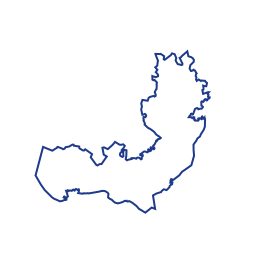 outline of Zaki, Bauchi, Nigeria, rotated 201°
{"feature_id": "59680162B26282391091652", "entity_name": "Zaki", "entity_type": "district", "adm_level": 2, "iso_a3": "NGA", "parent_name": "Nigeria", "parent_adm1": "Bauchi", "projection": "natural_earth1", "projection_center": [10.356, 12.194], "detail": "fine", "context": "isolated", "style": "outline", "palette": "blue", "viewbox_px": 256, "rotation_deg": 201, "n_neighbors": 0, "source": "geoboundaries", "source_scale": "gbopen_adm2", "svg_char_len": 5719}
<svg xmlns="http://www.w3.org/2000/svg" viewBox="0 0 256 256"><g transform="rotate(201 128 128)"><path d="M60.2,165.1L60.3,164.6L60.8,164.3L60.7,163.8L61.0,163.6L61.3,163.6L61.4,163.9L61.3,164.5L62.9,165.4L63.1,165.1L63.0,163.5L62.3,163.0L62.4,162.6L62.7,162.6L63.8,163.0L64.4,162.9L64.6,162.3L64.9,162.5L65.8,162.1L65.9,161.9L65.7,161.6L65.1,161.9L64.9,161.5L64.9,160.4L65.2,159.9L66.5,159.5L68.3,159.5L68.3,159.0L68.7,159.1L68.8,159.8L69.1,160.2L69.8,160.1L70.0,160.2L70.1,160.8L69.8,161.3L69.9,161.7L70.6,161.7L71.3,161.1L71.4,160.7L71.7,160.3L72.7,160.7L75.1,159.9L74.7,161.7L74.2,162.7L74.3,163.7L74.0,164.1L73.3,164.0L72.6,163.7L72.2,164.0L72.2,168.1L72.3,169.1L72.2,169.9L70.7,171.4L70.0,171.4L69.3,170.8L68.8,170.7L67.6,171.9L66.2,172.4L65.9,173.0L65.6,174.2L65.7,174.7L67.5,175.2L68.8,178.3L68.9,178.7L68.7,179.3L68.3,179.4L67.2,179.3L67.0,179.6L66.8,180.3L66.9,181.3L66.5,182.3L65.8,182.8L65.4,182.8L65.1,182.4L64.9,181.9L64.4,181.9L64.0,182.3L64.0,182.8L63.5,184.4L62.8,184.7L62.6,185.5L62.7,185.9L64.0,185.6L64.4,185.8L64.7,186.2L64.7,187.4L64.8,187.8L65.8,188.3L65.9,189.0L65.3,190.4L66.0,190.2L70.1,186.8L72.2,190.1L71.4,190.9L71.8,192.3L73.0,194.5L71.4,194.6L69.9,195.1L70.4,198.4L72.3,199.0L72.7,199.5L73.2,199.7L74.6,199.1L76.5,198.7L76.8,198.0L79.4,198.6L80.7,196.6L81.9,197.7L82.2,199.7L83.5,200.9L83.8,203.0L83.5,203.6L84.7,204.4L85.6,205.3L86.3,205.7L87.4,205.4L87.7,205.8L88.9,204.2L89.7,203.8L91.8,205.6L92.3,209.1L90.4,213.2L90.8,215.1L91.6,215.6L92.0,216.1L94.2,216.8L97.3,216.6L100.1,220.8L103.6,214.3L103.8,213.3L104.9,211.9L100.2,207.6L100.0,206.5L100.6,206.0L104.5,205.5L107.0,207.4L107.8,208.3L108.0,210.6L110.9,213.6L113.7,213.4L114.1,211.4L118.2,204.8L119.3,205.0L120.0,208.0L124.1,208.9L124.6,208.5L128.9,207.0L128.2,206.0L124.0,201.4L124.1,201.0L123.1,196.9L123.2,196.3L124.3,194.5L121.4,192.8L122.1,190.1L119.6,188.9L118.8,188.1L118.5,187.1L120.4,185.3L121.1,185.4L123.9,185.2L122.5,181.9L121.4,181.7L120.6,182.4L117.3,180.9L116.9,178.7L116.5,178.4L115.3,174.6L115.6,174.2L115.9,171.0L114.0,168.9L113.7,167.9L114.4,166.9L115.4,167.2L117.8,165.5L119.0,164.4L119.5,163.7L119.4,160.5L124.6,159.4L124.4,155.5L122.8,153.4L122.4,150.6L122.2,149.8L119.3,145.5L118.1,146.3L117.3,147.2L116.6,147.1L115.4,146.0L115.6,144.3L117.4,143.8L116.9,142.1L116.3,141.5L116.1,141.0L116.2,140.6L113.7,138.1L113.7,137.1L109.9,135.5L108.2,135.1L107.4,135.2L102.9,134.0L101.7,133.5L99.7,132.2L97.9,131.6L96.2,131.3L93.8,130.5L93.8,130.2L94.6,129.3L95.2,128.8L95.9,128.5L96.2,128.1L96.4,127.8L96.4,127.5L96.1,127.1L96.1,126.7L96.9,126.6L97.2,126.3L97.0,124.5L97.2,123.8L97.3,122.3L97.4,121.7L97.9,121.1L98.1,120.6L98.1,120.1L97.6,119.5L97.1,119.4L96.1,118.7L96.0,118.2L96.0,117.8L96.3,117.4L97.0,117.5L97.5,117.3L98.2,117.5L98.7,118.0L99.3,118.2L99.7,118.2L99.9,117.9L99.8,117.3L99.3,116.4L98.7,115.9L98.4,115.4L98.6,114.9L99.2,114.3L99.6,114.0L100.0,114.4L100.3,114.9L100.6,115.2L101.4,115.3L101.5,115.0L101.4,114.7L100.9,113.7L100.9,113.0L101.1,112.3L101.4,112.2L103.5,112.2L104.5,111.9L105.2,110.8L105.9,109.7L106.3,109.0L107.2,108.0L107.0,107.2L106.6,107.1L105.2,108.1L104.7,108.1L104.4,107.8L104.2,107.2L104.3,106.7L104.7,105.7L104.5,104.9L104.2,104.5L104.1,103.9L104.3,103.6L104.6,103.4L107.0,104.2L107.4,104.2L108.3,103.8L108.9,103.5L109.2,103.0L109.2,102.4L110.1,102.2L111.1,102.2L113.9,101.1L113.5,100.3L116.0,98.8L117.4,97.5L118.9,98.0L119.6,101.4L121.4,106.6L121.8,106.7L123.4,106.2L124.0,105.4L123.5,102.9L122.1,99.9L122.8,99.0L125.0,99.2L126.0,100.2L126.1,100.5L126.2,101.9L125.5,103.3L125.7,104.6L126.0,105.2L124.9,107.8L124.7,109.2L124.7,110.3L126.7,111.0L128.5,109.8L129.9,109.4L135.1,110.4L135.4,109.4L136.3,106.8L139.3,101.0L143.5,101.3L144.8,100.4L141.1,94.4L137.6,93.8L139.8,84.9L141.7,84.0L143.1,82.1L144.4,82.2L152.3,87.3L152.2,90.7L160.3,92.8L161.0,91.2L162.3,90.9L163.5,91.2L165.2,91.4L166.2,91.7L166.9,93.2L172.1,92.1L172.8,92.9L173.9,92.6L176.3,89.6L179.4,87.7L179.9,85.8L181.0,84.9L182.4,85.2L186.9,85.2L187.2,84.7L187.2,84.1L190.2,80.2L190.4,79.8L190.9,79.7L200.5,79.9L197.3,50.6L189.0,43.9L183.3,40.1L173.9,36.0L171.8,35.5L165.2,35.2L163.2,36.4L161.5,38.1L161.2,38.6L160.8,38.3L160.4,38.4L159.8,39.0L159.9,39.6L160.6,40.0L162.1,40.2L162.4,40.0L163.2,40.1L163.1,40.9L163.0,41.2L161.2,40.9L160.7,41.0L160.2,41.3L159.6,42.7L160.9,44.2L161.1,44.7L163.2,47.1L162.5,47.3L162.6,47.6L162.3,48.2L161.7,48.3L161.2,48.1L160.8,48.2L160.7,48.0L159.7,49.0L158.9,49.1L158.1,49.1L157.7,49.5L157.5,50.4L156.9,50.9L156.2,51.0L156.0,50.8L155.9,50.5L155.7,50.4L155.4,50.4L155.3,50.6L155.1,52.0L154.8,52.3L154.5,52.4L153.1,52.1L152.9,52.4L152.4,53.0L151.9,53.1L151.2,51.7L151.3,51.0L151.1,50.5L151.2,49.4L147.5,50.2L146.3,50.7L146.3,51.0L143.0,52.2L142.1,52.8L141.3,52.8L132.4,58.1L130.3,59.6L128.7,60.4L127.1,60.8L126.0,60.8L123.8,60.3L122.7,59.6L122.4,59.0L122.4,58.4L121.8,56.2L121.0,55.7L120.5,55.7L119.8,55.4L117.4,55.2L114.8,54.1L113.4,53.7L110.4,54.0L108.3,55.5L106.2,57.2L104.9,58.9L103.6,59.1L103.1,59.6L102.6,59.2L101.8,59.3L100.6,60.2L97.4,59.8L92.0,58.2L88.5,56.3L88.3,56.4L81.5,55.2L77.4,62.2L73.7,62.2L80.5,74.0L77.9,77.1L74.1,80.1L73.9,81.4L72.7,83.5L71.7,83.8L70.1,83.7L69.8,83.8L69.6,84.1L68.1,87.5L68.3,88.7L68.2,89.1L67.5,90.3L67.6,90.6L66.7,91.3L66.8,91.8L67.2,92.2L67.2,92.6L67.0,92.9L67.0,93.1L67.4,93.1L67.6,92.8L67.8,92.6L68.1,92.6L68.5,92.7L68.6,92.4L68.9,92.3L68.8,93.2L68.3,94.0L68.3,94.3L68.7,94.4L68.9,94.2L69.1,93.7L69.3,93.7L69.4,93.8L69.3,94.7L69.1,95.1L69.5,95.5L69.4,95.7L68.8,95.9L68.4,95.8L68.1,95.4L67.7,95.3L67.0,96.0L63.1,102.3L62.0,106.3L55.5,115.9L56.4,125.8L58.9,131.0L60.9,136.0L60.1,139.2L59.8,139.9L59.4,143.2L57.8,145.8L57.7,148.5L56.7,153.2L56.7,156.7L59.0,163.3L59.4,164.1L59.9,164.6L60.2,165.1Z" fill="none" stroke="#1e3a8a" stroke-width="2"/></g></svg>